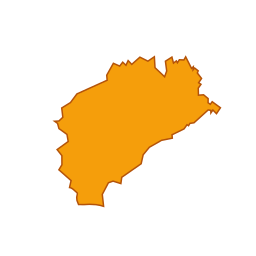 Bogovinje, Bogovinje, North Macedonia (Mercator projection), rotated 303°
{"feature_id": "65306769B92913941164091", "entity_name": "Bogovinje", "entity_type": "district", "adm_level": 2, "iso_a3": "MKD", "parent_name": "North Macedonia", "parent_adm1": "Bogovinje", "projection": "mercator", "projection_center": [20.886, 41.947], "detail": "fine", "context": "isolated", "style": "filled", "palette": "amber", "viewbox_px": 256, "rotation_deg": 303, "n_neighbors": 0, "source": "geoboundaries", "source_scale": "gbopen_adm2", "svg_char_len": 1209}
<svg xmlns="http://www.w3.org/2000/svg" viewBox="0 0 256 256"><g transform="rotate(303 128 128)"><path d="M202.1,111.3L194.9,108.3L193.9,99.4L183.4,96.5L184.6,91.4L179.5,92.1L180.3,87.7L175.4,87.3L174.3,80.5L160.7,81.4L156.7,84.5L128.8,66.6L118.0,65.9L108.7,61.5L101.5,67.5L96.2,66.2L93.7,62.8L93.5,66.4L89.9,70.4L89.4,80.3L84.1,85.2L71.3,80.3L68.8,87.6L61.2,92.6L55.3,92.8L52.9,108.9L46.2,111.4L46.6,112.4L46.8,114.6L46.1,119.6L45.8,120.9L45.2,121.4L42.0,122.7L40.8,123.6L39.4,124.7L36.9,128.2L39.8,132.8L43.0,137.2L46.3,142.9L48.0,146.9L49.0,150.2L58.3,142.6L71.4,141.4L75.3,144.4L77.5,152.3L83.3,149.6L105.2,158.5L113.8,155.3L123.5,156.4L135.9,162.8L143.6,170.7L146.3,168.6L157.8,175.5L162.9,175.7L162.9,177.5L165.6,177.4L168.3,180.5L186.8,185.4L187.9,187.8L185.8,189.3L189.3,189.4L188.2,194.4L195.3,194.5L195.9,184.3L192.7,184.1L192.8,181.4L196.3,179.2L197.0,173.3L193.9,169.2L199.7,165.2L204.4,165.4L204.4,162.6L209.6,162.7L211.9,156.2L214.2,155.7L214.6,151.2L212.3,150.9L214.9,149.4L212.6,148.8L219.1,137.6L215.5,137.8L213.2,133.9L209.6,133.9L210.6,132.0L207.2,130.8L211.4,126.2L204.4,123.0L196.9,129.4L190.9,130.8L193.3,117.8L202.1,111.3Z" fill="#f59e0b" stroke="#b45309" stroke-width="1.5"/></g></svg>